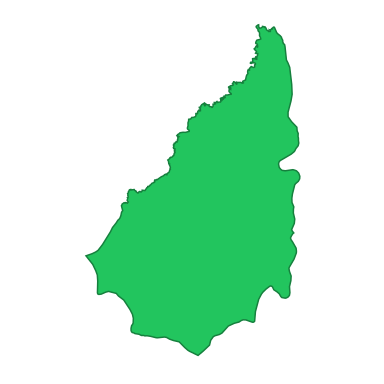 the district of Na Khu, Kalasin, Thailand, rotated 177°
{"feature_id": "78962969B7237235401003", "entity_name": "Na Khu", "entity_type": "district", "adm_level": 2, "iso_a3": "THA", "parent_name": "Thailand", "parent_adm1": "Kalasin", "projection": "albers", "projection_center": [104.002, 16.745], "detail": "fine", "context": "isolated", "style": "filled", "palette": "green", "viewbox_px": 384, "rotation_deg": 177, "n_neighbors": 0, "source": "geoboundaries", "source_scale": "gbopen_adm2", "svg_char_len": 6010}
<svg xmlns="http://www.w3.org/2000/svg" viewBox="0 0 384 384"><g transform="rotate(177 192 192)"><path d="M265.8,87.7L260.0,77.8L257.9,73.0L257.2,69.0L257.6,64.4L258.1,63.2L259.3,61.7L260.0,59.1L260.1,56.9L259.7,55.6L259.0,54.8L257.6,54.4L256.4,53.6L252.3,52.7L250.1,51.4L247.7,51.3L246.7,50.8L244.5,50.8L241.1,50.1L235.6,48.4L234.2,48.2L227.1,48.6L225.0,48.1L222.0,46.2L218.4,44.7L212.6,43.0L207.4,37.1L204.4,34.2L202.7,33.0L194.5,28.5L189.2,32.5L182.5,38.2L181.1,42.9L178.4,46.3L176.8,47.2L172.0,48.3L169.4,49.6L162.7,56.3L156.6,58.7L151.8,59.7L149.9,60.9L147.7,61.7L144.8,61.4L138.5,58.8L137.4,58.8L136.7,59.2L136.2,59.7L134.9,69.3L131.0,81.4L128.0,86.4L126.6,88.1L123.0,91.3L119.5,93.7L118.4,94.1L117.1,93.6L116.5,92.8L115.4,90.1L112.4,87.9L110.2,85.8L108.8,83.0L107.8,81.9L104.4,81.1L103.2,81.3L101.4,82.2L100.1,83.7L99.5,86.3L99.6,92.4L97.9,98.3L97.4,102.9L98.8,107.5L99.2,110.4L98.9,111.6L93.6,119.7L91.0,125.7L90.8,127.5L91.0,130.5L94.3,137.1L95.6,139.2L96.0,140.7L95.9,141.3L94.9,143.1L93.5,145.1L92.5,145.8L94.0,147.9L94.4,149.4L91.5,155.2L90.8,159.6L91.9,165.7L91.6,169.6L91.1,171.8L92.7,176.3L92.6,180.6L91.8,184.8L89.0,193.9L88.0,195.0L85.3,197.1L84.7,198.0L83.8,199.5L83.5,202.1L84.5,205.3L86.5,207.6L88.2,208.4L90.1,209.0L97.7,208.3L100.9,208.9L102.1,209.9L103.3,211.5L103.7,212.4L104.1,215.5L103.6,217.3L102.4,218.7L91.0,224.6L88.0,226.8L87.2,227.7L86.0,229.9L83.6,232.6L82.8,235.3L83.0,237.6L82.9,240.4L83.2,241.8L82.9,245.0L83.8,247.4L83.9,251.2L88.9,257.0L92.1,262.1L91.9,266.7L88.4,277.7L86.9,284.3L86.8,294.2L87.9,311.4L89.4,315.8L90.8,318.9L91.5,332.2L91.8,334.3L93.1,335.7L93.2,336.5L93.6,337.2L93.4,338.1L93.8,339.8L94.5,340.7L94.5,341.8L95.7,343.4L98.3,345.7L99.1,346.8L101.1,352.2L102.0,352.4L102.8,351.7L103.3,350.7L103.9,351.0L104.3,350.3L105.1,350.0L105.3,349.5L105.8,349.7L105.2,348.8L105.4,348.2L107.1,348.3L107.3,349.0L108.2,349.3L109.2,350.2L109.5,351.7L110.4,353.0L111.0,352.7L111.3,353.3L112.6,353.6L112.5,353.2L113.5,352.9L114.5,352.2L115.8,352.0L116.7,353.3L116.7,355.5L117.5,355.3L119.2,354.1L119.3,353.6L119.1,353.0L117.6,351.0L117.6,349.5L116.4,348.1L116.2,346.7L116.4,344.6L115.6,342.7L115.3,341.2L115.9,340.9L119.1,340.3L119.5,340.0L120.4,338.3L120.6,337.3L120.3,336.8L119.0,336.1L118.8,333.5L119.1,333.3L119.7,334.5L120.0,334.6L120.7,333.8L121.4,332.5L122.4,331.8L122.2,331.1L120.8,329.7L120.2,328.7L121.3,327.3L120.6,326.9L119.1,326.8L119.3,325.2L119.9,324.3L119.9,323.5L120.3,323.3L121.2,323.7L121.7,322.8L120.6,322.3L120.2,321.4L120.8,321.1L123.2,322.1L124.5,322.0L124.5,318.9L125.0,318.5L126.4,318.6L126.9,318.0L126.9,317.5L126.0,317.3L125.2,317.7L123.2,317.8L122.2,317.3L121.9,316.6L122.2,316.0L122.8,315.7L122.9,313.6L123.3,313.3L124.4,313.2L126.3,314.2L128.3,312.2L128.2,310.7L128.6,310.6L129.5,311.1L130.0,310.1L130.2,308.8L129.9,307.4L131.2,305.9L131.6,305.0L132.7,301.1L135.5,299.9L135.6,299.1L135.0,298.3L135.3,298.1L136.3,298.1L137.5,298.9L140.7,299.0L141.9,299.4L142.2,299.0L141.5,297.6L141.8,297.4L142.6,298.1L143.0,299.0L144.3,299.9L144.7,299.9L145.1,298.9L145.9,298.2L145.3,297.3L145.6,296.3L146.8,296.3L148.3,295.9L149.2,295.2L149.8,295.1L150.0,294.8L149.7,294.0L148.5,294.5L148.1,294.3L147.8,293.7L148.0,292.5L148.7,293.2L149.0,293.1L149.6,292.1L149.8,290.7L149.6,290.1L147.7,288.1L147.8,287.5L149.1,287.5L151.3,287.0L153.3,287.1L154.2,285.9L155.1,285.9L155.0,285.3L154.1,284.9L154.0,284.6L155.0,284.4L156.0,283.0L156.4,283.1L156.6,283.5L156.3,284.8L158.6,284.1L158.8,283.7L158.6,283.2L157.6,283.4L157.3,283.2L157.2,282.0L157.4,281.8L158.5,282.0L158.5,280.7L158.9,280.3L160.4,280.4L161.6,280.0L162.3,281.1L163.5,280.1L165.1,280.2L165.1,279.8L164.1,279.3L163.9,278.9L165.2,278.4L166.4,278.5L166.4,276.8L167.2,275.5L167.9,275.5L168.4,276.2L170.1,276.4L170.5,277.3L170.3,278.1L172.5,278.3L173.6,279.2L173.9,279.0L174.4,277.5L174.9,277.5L175.2,278.5L174.5,279.9L174.8,280.3L177.7,278.7L178.6,277.6L178.8,276.5L180.3,276.2L180.3,275.7L179.3,274.9L179.3,272.7L180.0,272.5L180.4,273.5L180.9,273.4L182.0,272.1L182.4,270.0L182.9,269.8L183.7,270.3L184.0,270.2L184.1,268.1L184.6,267.1L186.9,266.4L188.3,266.5L189.5,265.0L191.5,264.8L191.7,263.1L192.4,261.3L192.5,258.3L193.3,256.1L193.1,255.1L191.5,253.6L191.6,252.7L195.3,251.9L198.0,252.1L200.8,251.8L202.3,250.6L203.4,250.1L203.5,249.6L204.1,249.2L203.7,248.8L203.7,248.5L202.9,248.5L202.3,248.0L202.8,247.9L202.9,247.4L203.4,247.6L203.1,246.6L203.4,246.0L203.5,244.9L203.8,244.8L203.7,243.9L204.3,243.2L204.7,243.2L204.6,242.6L205.8,242.6L206.2,241.6L207.0,241.6L207.0,241.0L207.6,240.8L207.7,240.0L208.1,239.8L207.6,238.9L208.3,237.4L208.0,236.3L207.3,236.4L206.9,236.1L207.1,235.9L206.7,234.8L207.4,234.4L207.3,233.0L206.8,232.7L207.3,231.8L207.7,231.6L208.3,229.4L208.9,229.3L209.0,228.9L210.5,227.7L211.6,227.8L212.3,227.3L212.3,226.7L214.5,225.2L213.9,224.0L213.7,221.6L212.9,221.1L213.3,220.6L212.5,218.7L212.3,217.5L212.7,216.4L212.4,215.9L213.1,215.1L213.7,213.2L215.8,211.7L216.2,210.5L216.8,210.7L217.1,211.2L217.8,211.0L218.5,210.7L219.6,209.7L221.9,208.8L226.2,206.1L226.6,206.3L226.9,206.0L228.6,205.9L228.9,204.9L228.6,204.2L229.1,204.0L229.2,203.6L231.7,202.7L232.7,201.5L233.7,200.9L233.7,200.6L234.3,200.1L235.9,199.8L236.0,198.9L236.8,198.7L238.9,195.9L241.6,196.4L241.6,195.9L242.5,194.8L243.4,194.8L244.0,195.3L244.9,195.0L245.6,194.0L246.3,193.9L247.9,195.3L247.8,195.6L248.1,195.7L248.3,196.2L249.2,196.6L249.6,197.5L252.9,197.2L252.9,197.7L253.5,197.7L254.4,197.4L254.7,196.6L255.4,195.9L255.6,194.6L256.4,193.8L256.1,193.1L256.3,192.0L255.9,191.3L256.1,190.1L256.7,189.9L256.4,189.4L257.2,187.1L256.2,185.3L257.2,184.2L258.4,184.9L259.3,184.9L259.5,184.4L260.5,184.8L262.5,183.5L262.6,182.8L263.2,182.0L262.2,177.0L263.4,175.5L264.2,172.3L265.2,170.0L266.3,168.6L267.5,167.7L269.4,165.0L273.2,160.7L275.6,156.4L284.1,144.2L288.9,138.6L291.4,137.1L295.0,135.6L301.2,133.8L294.9,124.9L292.2,118.4L290.9,114.1L290.8,108.0L291.7,96.4L291.5,95.2L290.4,94.6L287.9,94.8L283.4,96.5L280.5,97.1L272.9,94.7L270.9,92.0L265.8,87.7Z" fill="#22c55e" stroke="#15803d" stroke-width="1.5"/></g></svg>